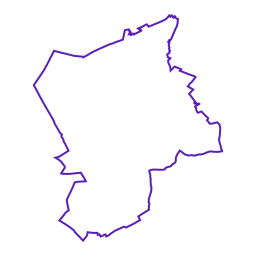 Balcauti, Suceava, Romania
{"feature_id": "2599482B55128910664602", "entity_name": "Balcauti", "entity_type": "district", "adm_level": 2, "iso_a3": "ROU", "parent_name": "Romania", "parent_adm1": "Suceava", "projection": "natural_earth1", "projection_center": [26.076, 47.898], "detail": "fine", "context": "isolated", "style": "outline", "palette": "violet", "viewbox_px": 256, "rotation_deg": 0, "n_neighbors": 0, "source": "geoboundaries", "source_scale": "gbopen_adm2", "svg_char_len": 5616}
<svg xmlns="http://www.w3.org/2000/svg" viewBox="0 0 256 256"><path d="M97.7,234.9L98.3,234.9L99.5,234.4L100.6,236.5L103.8,235.2L105.5,234.4L106.4,236.5L108.4,235.5L110.7,233.7L115.2,230.6L117.4,229.6L121.5,227.8L122.5,227.3L123.8,226.7L125.4,227.3L126.4,227.5L126.6,227.2L131.6,224.8L134.3,223.4L136.7,222.0L140.1,220.1L138.8,217.4L138.4,216.6L138.3,216.4L144.4,212.5L149.0,209.7L148.8,208.8L149.0,207.4L148.8,206.8L148.7,206.3L149.1,205.7L149.2,205.1L149.4,204.5L149.2,202.9L148.6,202.3L148.6,201.8L148.7,201.3L148.8,200.3L148.9,198.4L149.5,196.9L150.0,195.2L150.4,193.8L150.7,192.7L151.0,192.1L151.1,191.3L151.3,190.6L151.3,190.1L151.3,189.5L151.4,189.0L151.3,188.2L151.4,187.2L151.4,186.7L151.1,186.3L150.8,185.2L150.8,183.6L150.7,182.5L150.6,181.4L150.5,181.0L150.8,180.0L150.4,177.5L150.2,176.4L150.3,174.8L149.6,172.7L149.3,170.6L150.3,170.2L152.7,169.6L154.6,169.6L156.3,169.6L158.7,169.8L159.9,169.7L161.0,169.8L163.8,169.6L164.7,169.4L165.1,168.9L165.5,168.0L166.1,167.7L167.8,167.0L169.5,166.6L170.4,166.5L170.8,166.3L171.3,165.6L172.1,164.6L174.9,162.7L175.4,162.0L175.7,161.5L175.8,160.9L175.7,160.1L175.8,158.9L176.0,157.5L176.2,156.8L176.5,156.0L177.6,153.9L179.8,150.6L181.2,151.5L185.1,154.6L185.7,154.6L186.5,154.8L187.6,155.3L188.3,155.6L189.2,155.5L189.7,155.3L190.4,155.2L191.3,155.2L194.2,155.5L195.0,155.6L195.5,155.4L196.7,154.9L197.5,154.7L198.7,154.5L199.7,154.5L200.2,154.4L200.9,154.4L202.0,154.2L203.0,154.0L204.4,153.6L204.9,153.3L205.8,152.7L206.5,152.6L208.6,151.8L210.7,151.4L211.3,151.4L211.8,151.5L213.8,151.8L214.9,151.8L217.1,151.9L217.7,151.9L221.5,151.4L222.1,151.3L222.2,151.0L221.4,149.2L220.6,146.0L219.5,142.2L219.1,139.6L219.1,138.5L219.4,137.8L219.8,135.4L220.1,131.9L220.2,129.0L220.2,127.3L219.8,125.7L219.4,124.5L218.1,123.2L217.1,122.3L211.8,123.7L209.8,123.6L209.5,123.5L208.7,122.1L207.9,121.2L207.3,120.7L207.1,120.5L207.1,120.1L207.7,119.2L208.3,118.5L208.3,118.4L208.1,118.1L206.3,116.4L204.8,115.1L203.3,113.4L202.2,112.2L201.4,111.5L198.4,112.6L198.1,112.7L197.6,112.5L197.2,112.1L196.8,111.3L196.4,110.2L196.2,109.5L196.1,109.0L196.2,108.5L196.2,108.2L195.9,107.8L195.5,107.5L195.2,107.0L195.0,106.7L195.2,106.3L196.2,105.8L196.9,105.3L197.5,104.9L198.3,104.6L198.8,104.4L199.1,104.1L199.3,103.9L199.1,103.7L198.5,103.6L197.9,103.8L197.4,103.8L196.5,103.6L195.9,103.6L195.5,103.7L195.0,103.7L194.6,103.5L194.4,103.2L194.2,102.9L194.4,102.5L194.7,102.4L195.6,102.2L192.8,98.6L190.5,95.5L189.1,93.8L193.2,89.5L187.8,86.4L188.6,85.5L189.3,84.4L189.9,83.6L191.7,82.0L192.2,81.4L193.2,80.1L194.5,78.5L194.9,77.7L195.5,77.1L194.5,76.3L189.8,74.6L179.9,70.8L180.8,69.9L181.2,69.3L175.4,66.9L174.5,66.6L173.2,68.1L170.6,70.6L170.4,68.2L170.3,67.0L168.3,62.5L168.2,62.1L168.2,61.6L168.2,60.9L168.1,60.6L168.2,60.4L168.5,60.0L169.1,59.4L169.5,59.1L170.2,58.6L170.4,58.1L168.5,57.6L168.2,57.5L168.0,57.3L167.8,57.1L167.8,56.9L167.9,56.7L167.6,56.3L167.6,56.1L167.5,55.8L167.2,55.5L167.2,55.4L167.4,55.2L167.3,54.7L167.4,54.4L167.4,54.2L167.7,54.1L167.9,54.0L168.2,53.6L168.4,53.5L168.9,53.3L169.1,53.2L169.5,52.7L169.3,52.1L169.3,51.8L169.7,51.5L169.9,50.7L169.7,50.5L169.3,49.9L169.2,49.7L169.3,49.5L169.4,49.3L169.3,49.1L169.1,48.7L169.3,48.0L169.3,47.6L169.2,47.3L169.1,47.0L169.2,46.8L169.3,46.6L169.2,46.4L168.9,45.8L168.7,45.3L168.7,44.9L168.8,44.6L168.9,44.2L169.0,43.5L169.3,43.0L169.4,42.8L169.4,42.5L168.8,42.5L168.5,42.5L168.3,42.4L168.2,42.3L168.2,42.0L168.4,41.6L168.9,41.4L169.2,41.3L169.1,41.1L168.9,40.8L169.0,40.7L169.3,40.5L169.9,40.4L169.9,40.2L169.7,40.0L170.0,39.9L170.4,40.1L171.2,38.9L172.0,37.1L173.1,34.4L174.6,31.0L175.7,28.5L176.8,26.4L177.3,24.5L177.7,22.3L177.9,19.0L176.5,18.5L176.2,18.3L175.7,17.7L175.2,16.8L175.1,16.4L174.6,16.3L174.2,17.0L173.8,17.3L173.6,17.7L173.4,17.7L173.2,17.6L173.0,17.4L172.6,16.2L172.2,15.5L172.1,15.4L171.9,15.4L171.8,15.5L171.4,15.9L170.4,16.8L170.1,16.6L169.6,16.5L169.5,16.4L169.5,16.0L169.3,15.7L169.3,15.4L169.1,15.5L168.9,15.8L167.3,17.8L165.8,19.1L162.5,21.0L161.5,21.3L159.3,22.3L155.1,24.0L148.7,26.7L147.0,24.4L146.7,24.4L145.7,24.8L141.9,26.8L139.9,27.7L138.0,28.5L139.0,29.3L139.2,29.5L139.5,29.5L140.2,29.2L140.5,29.1L141.3,30.5L141.2,30.8L133.9,34.4L133.7,33.7L130.7,35.0L130.5,34.3L130.6,34.0L130.8,33.5L129.1,34.1L129.8,32.4L130.0,31.8L129.6,32.0L128.8,29.4L124.9,30.2L123.6,36.3L122.8,39.7L120.5,40.5L115.3,42.2L114.2,42.8L113.0,43.3L110.6,44.0L108.7,44.7L98.8,49.1L94.4,51.2L92.6,52.0L89.9,53.6L89.1,54.1L88.2,54.6L87.5,55.2L87.0,55.4L84.2,56.8L83.2,57.3L82.9,56.7L78.6,56.3L73.9,55.8L72.4,55.4L69.1,54.6L63.2,53.1L61.7,52.9L60.0,52.3L55.9,51.4L54.1,50.8L51.6,55.5L46.7,65.3L43.5,70.9L37.8,79.3L33.8,85.2L34.1,85.8L35.7,88.5L38.6,94.1L42.2,100.7L44.8,105.3L47.8,110.5L53.6,120.5L54.1,121.6L54.2,121.9L54.2,122.4L54.3,122.8L54.8,123.9L56.2,126.2L58.3,129.7L59.3,131.7L59.8,132.4L60.2,132.9L60.8,133.5L62.0,134.5L61.4,135.5L61.4,135.9L61.5,136.4L62.0,137.8L63.0,138.7L63.3,139.1L63.4,139.6L63.4,140.4L63.6,141.0L64.2,142.5L64.5,142.8L64.9,143.4L65.3,144.1L65.8,145.2L66.4,146.5L67.3,148.2L68.3,150.3L68.5,150.8L58.8,156.9L55.5,157.7L56.0,158.0L57.9,159.2L60.5,161.0L61.4,161.9L63.4,164.7L64.6,166.0L64.8,167.7L63.1,170.3L61.2,173.5L63.2,173.8L66.2,173.9L68.7,173.9L71.6,173.7L75.1,173.3L80.9,172.7L81.0,173.0L82.9,176.1L83.8,177.4L85.3,180.2L85.8,181.3L81.9,181.5L79.0,181.7L77.5,181.8L76.4,182.1L74.8,182.3L72.3,188.2L66.7,200.0L67.5,204.6L68.7,210.3L67.2,211.3L65.5,212.8L64.5,214.2L59.4,220.5L66.5,224.9L70.4,227.6L74.2,230.6L74.5,231.7L83.1,240.6L86.6,236.1L87.2,234.8L87.7,232.2L91.8,232.8L95.2,232.9L97.2,232.9L97.4,232.9L97.7,234.9Z" fill="none" stroke="#5b21b6" stroke-width="2"/></svg>